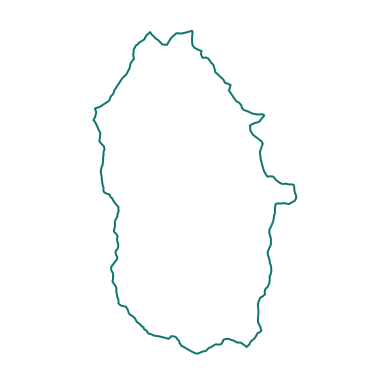 the district of Doteng, Paro, Bhutan, rotated 5°
{"feature_id": "84629894B41574505265269", "entity_name": "Doteng", "entity_type": "district", "adm_level": 2, "iso_a3": "BTN", "parent_name": "Bhutan", "parent_adm1": "Paro", "projection": "robinson", "projection_center": [89.408, 27.558], "detail": "fine", "context": "isolated", "style": "outline", "palette": "teal", "viewbox_px": 384, "rotation_deg": 5, "n_neighbors": 0, "source": "geoboundaries", "source_scale": "gbopen_adm2", "svg_char_len": 6030}
<svg xmlns="http://www.w3.org/2000/svg" viewBox="0 0 384 384"><g transform="rotate(5 192 192)"><path d="M259.9,341.6L260.7,340.6L261.4,340.0L262.2,339.3L262.5,338.6L262.9,337.4L263.4,336.2L264.1,335.3L265.1,334.3L266.5,333.0L267.2,332.1L268.4,329.8L269.5,327.2L269.9,326.7L271.2,326.0L272.0,325.5L272.4,324.9L272.8,324.5L273.1,324.0L272.9,323.3L272.3,321.9L272.2,321.3L271.5,319.9L271.2,319.5L269.8,317.1L269.1,315.8L268.8,313.7L268.7,310.3L268.8,307.6L268.5,304.5L268.3,303.1L267.8,300.7L267.4,298.4L267.6,296.9L268.6,293.0L268.9,292.0L269.4,291.1L271.0,290.3L272.9,288.4L273.7,287.4L273.1,285.5L273.3,282.8L274.9,280.7L275.8,279.5L276.7,276.9L277.1,274.3L277.0,272.0L276.7,269.8L277.6,266.7L277.9,264.1L277.3,259.2L275.8,256.0L275.2,253.1L272.9,247.5L272.7,244.9L273.9,240.8L275.1,237.8L275.1,236.5L274.6,231.2L273.4,228.2L272.5,225.9L272.4,222.6L274.1,218.6L275.6,213.5L275.8,208.4L276.4,206.4L276.1,200.5L276.3,196.9L278.4,195.7L279.7,196.0L281.7,195.6L285.9,195.1L287.9,195.5L289.7,195.6L291.9,193.9L294.9,192.0L296.3,189.3L295.9,186.0L294.8,184.5L293.8,181.2L293.4,177.9L292.5,176.0L291.2,175.7L288.3,176.0L285.2,175.6L284.3,175.6L282.6,176.0L281.2,176.1L278.1,174.9L274.6,172.7L271.6,169.6L268.8,169.5L266.0,170.1L265.2,169.4L264.0,168.0L262.0,165.0L260.3,161.0L259.1,157.6L257.7,153.5L256.1,146.4L257.2,141.8L258.3,137.8L256.9,135.6L251.9,132.3L247.8,129.8L245.0,125.9L244.5,125.1L244.3,121.8L243.9,120.8L245.3,119.6L246.9,118.9L247.8,118.2L249.8,117.2L250.8,117.1L252.1,116.6L253.4,115.4L254.6,113.4L257.1,109.8L257.1,109.2L255.9,108.6L254.3,108.5L251.9,109.0L249.8,109.0L247.2,108.7L245.7,108.7L241.4,107.1L238.9,106.4L236.9,105.9L235.3,105.0L234.5,103.9L234.1,102.8L233.3,101.1L232.2,99.9L231.0,98.8L229.5,98.4L228.0,97.4L225.5,94.5L222.5,90.8L221.0,88.9L219.9,87.7L220.3,86.4L221.1,82.2L218.4,81.0L215.6,80.5L214.7,79.3L213.7,77.6L212.4,76.4L204.8,70.6L204.0,68.0L202.1,63.3L200.2,61.9L197.7,58.9L196.3,57.5L193.8,56.8L190.9,57.4L189.8,55.8L188.9,53.6L189.2,50.8L184.9,49.4L181.9,48.1L180.7,47.0L179.5,45.1L178.7,40.2L178.6,37.4L178.7,34.4L178.3,31.8L177.8,31.5L172.2,33.6L167.9,35.0L162.6,35.2L157.5,40.7L154.2,47.6L149.6,47.6L145.2,43.7L143.0,42.6L138.3,38.7L136.4,36.5L135.5,37.3L135.1,37.8L133.7,38.9L133.3,39.4L132.5,41.1L131.9,42.2L131.3,44.0L130.9,44.4L129.9,45.1L128.0,46.7L126.4,47.6L126.1,48.1L125.5,49.2L125.1,49.7L123.6,50.7L123.2,51.1L122.9,52.3L122.6,52.9L121.7,54.5L121.5,55.1L121.6,56.4L121.6,58.9L121.5,59.5L121.5,60.1L121.7,61.3L122.1,63.2L122.6,64.4L122.3,64.9L121.9,65.3L121.5,65.8L120.6,67.5L119.9,68.5L119.7,69.1L119.5,69.7L119.4,71.5L119.2,72.8L119.0,74.0L118.8,74.6L116.7,79.8L116.5,80.4L115.7,81.3L113.3,84.0L112.6,84.9L111.7,86.5L109.4,90.9L108.1,93.0L107.1,95.3L105.8,97.4L105.6,97.9L105.3,99.8L105.2,100.4L105.0,101.0L104.7,101.5L103.5,102.9L102.8,103.9L102.6,104.5L102.4,105.1L101.9,106.9L101.5,108.1L101.1,108.6L100.2,109.4L94.9,113.5L94.0,114.3L92.6,115.4L92.0,115.7L89.8,116.4L88.6,117.0L88.1,117.4L88.2,117.9L89.0,119.4L89.3,119.9L89.5,120.5L89.5,121.1L89.6,121.8L89.4,123.0L89.0,125.5L88.8,126.1L87.7,128.4L87.7,129.2L88.7,129.9L89.1,130.4L90.1,131.9L92.3,135.6L93.1,137.3L93.4,137.9L94.8,139.9L95.3,141.0L95.4,141.6L95.6,142.9L95.5,145.4L95.3,148.5L95.4,149.1L95.6,149.7L96.4,150.7L97.2,151.6L100.0,154.0L100.4,154.4L100.6,155.0L100.8,156.2L101.1,157.4L100.5,159.2L100.4,159.8L100.4,161.1L100.5,161.7L100.7,162.3L100.7,162.9L100.5,163.5L100.5,164.1L100.5,166.0L100.7,168.5L100.7,170.4L100.5,172.2L100.4,173.5L100.2,174.1L99.7,175.2L99.6,175.8L99.3,179.0L99.3,179.6L99.6,180.8L100.6,184.4L101.1,187.5L102.1,191.7L102.4,192.9L102.6,193.5L103.2,194.6L103.5,195.2L103.5,195.8L103.6,197.7L103.7,198.3L103.9,198.9L104.2,199.5L104.6,199.9L105.1,200.2L106.2,200.7L107.9,201.3L108.5,201.4L108.9,201.4L109.5,201.5L110.0,202.0L110.5,202.3L111.3,204.1L111.7,204.4L112.8,205.1L113.2,205.4L113.7,206.6L114.1,207.1L117.6,211.1L118.5,211.9L119.4,212.7L119.8,213.2L120.1,213.7L120.1,214.3L120.1,215.6L120.2,216.2L120.6,217.4L120.6,218.0L120.1,219.1L119.9,219.8L119.8,221.0L119.8,222.3L119.7,222.9L118.1,226.9L117.8,228.1L117.7,228.7L118.1,230.6L118.2,231.8L118.2,232.4L118.0,234.3L117.7,236.1L117.6,236.7L117.6,237.4L117.7,238.0L118.0,238.5L118.9,239.4L120.3,240.5L120.7,241.0L121.4,242.1L121.6,242.6L121.7,243.2L121.5,244.5L121.5,246.4L121.7,247.0L122.6,249.3L122.9,250.5L123.2,251.7L123.2,253.0L123.0,254.2L122.7,255.4L122.4,255.9L121.5,256.8L121.3,257.4L121.1,258.0L121.1,258.6L121.3,259.9L121.7,261.0L122.0,261.6L122.8,262.6L123.1,263.1L123.3,263.7L123.4,264.3L123.3,264.9L123.1,265.5L122.2,267.1L118.2,273.4L118.1,274.0L118.2,275.8L118.3,276.5L118.5,277.0L119.5,278.6L120.2,279.6L120.4,280.2L120.5,280.8L120.8,283.3L120.9,285.2L120.8,286.4L120.7,287.1L120.6,287.7L120.6,288.2L122.7,290.8L124.6,293.4L124.9,294.0L125.1,294.8L125.1,296.8L125.2,297.4L125.4,298.5L126.3,300.8L126.5,302.6L126.8,303.5L127.2,303.8L127.5,304.2L128.0,305.7L128.3,307.0L128.3,308.1L128.6,309.6L131.2,311.3L133.7,311.7L135.3,311.8L136.4,312.2L136.9,312.8L137.2,313.5L138.2,314.8L138.6,315.5L139.4,317.8L140.3,318.9L141.0,319.5L143.9,321.0L145.0,321.9L146.3,323.0L146.7,323.6L148.1,326.0L149.7,327.1L151.3,328.0L151.9,328.4L152.9,329.4L153.3,330.0L153.7,330.3L154.5,330.4L155.5,331.0L155.8,332.0L156.0,332.5L156.5,332.9L158.9,334.2L160.3,336.2L161.1,336.7L161.8,337.0L163.7,337.2L164.8,337.6L165.2,337.9L165.9,338.2L166.4,338.3L172.4,338.7L181.5,340.3L182.8,339.0L184.0,337.4L186.9,337.4L189.1,338.3L190.2,339.9L192.2,341.6L193.0,343.8L194.2,345.1L194.8,346.1L198.2,347.5L202.8,349.7L205.9,351.1L207.3,351.5L208.8,352.2L210.8,352.5L211.7,352.5L216.9,349.8L219.6,349.3L221.8,346.5L223.4,345.2L223.9,345.2L224.5,345.0L227.4,342.6L229.0,341.7L229.6,341.6L230.9,341.8L232.1,341.7L233.8,341.2L234.4,340.8L234.8,340.5L235.1,339.8L235.7,338.3L235.9,337.3L236.2,336.7L236.5,336.3L238.1,335.6L239.1,335.3L240.1,335.2L241.4,335.1L242.3,335.3L243.2,335.7L244.2,336.0L245.5,336.2L247.4,336.7L249.4,337.8L250.2,338.0L253.4,337.8L254.2,338.0L255.2,338.7L259.0,340.9L259.9,341.6Z" fill="none" stroke="#0f766e" stroke-width="2"/></g></svg>